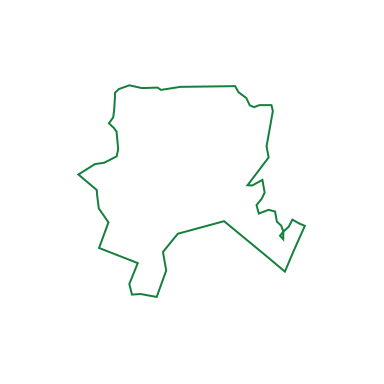 the district of Silveira Martins, Rio Grande do Sul, Brazil, rotated 39°
{"feature_id": "56859067B90684359487697", "entity_name": "Silveira Martins", "entity_type": "district", "adm_level": 2, "iso_a3": "BRA", "parent_name": "Brazil", "parent_adm1": "Rio Grande do Sul", "projection": "equal_earth", "projection_center": [-53.557, -29.638], "detail": "fine", "context": "isolated", "style": "outline", "palette": "green", "viewbox_px": 384, "rotation_deg": 39, "n_neighbors": 0, "source": "geoboundaries", "source_scale": "gbopen_adm2", "svg_char_len": 937}
<svg xmlns="http://www.w3.org/2000/svg" viewBox="0 0 384 384"><g transform="rotate(39 192 192)"><path d="M288.0,165.4L282.5,162.0L276.6,161.6L268.8,154.9L262.7,157.7L257.5,166.7L250.4,161.6L250.4,153.2L248.8,146.7L239.1,138.3L234.7,149.0L230.9,151.8L229.8,116.9L221.2,109.6L203.9,78.2L199.1,74.5L189.7,82.1L186.9,86.9L182.4,88.3L175.0,84.8L165.4,85.2L158.9,82.6L116.8,117.6L103.6,132.2L99.6,132.5L87.6,142.8L76.2,148.5L70.4,158.0L69.7,163.4L72.8,167.3L79.8,177.1L83.8,183.6L84.2,190.9L91.0,191.4L95.4,192.6L107.7,205.2L111.0,211.7L105.3,224.6L99.0,231.4L92.7,249.9L116.7,250.4L120.5,254.4L129.9,263.4L146.2,268.2L155.0,294.0L194.6,281.4L201.2,303.0L209.9,309.5L216.3,303.6L230.6,295.8L221.4,269.3L207.2,256.9L207.2,233.4L235.3,194.5L291.1,195.0L314.3,195.4L308.0,173.5L301.0,147.3L295.2,149.0L287.4,150.3L289.0,158.0L288.0,165.4ZM288.0,165.4L292.6,171.3L287.9,170.6L288.0,165.4Z" fill="none" stroke="#15803d" stroke-width="2"/></g></svg>